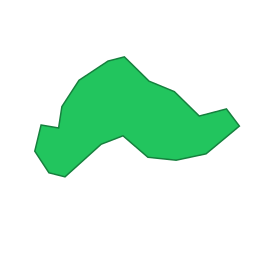 the border of Swieqi, rotated 143°
{"feature_id": "MLT-5933", "entity_name": "Swieqi", "entity_type": "state/province", "adm_level": 1, "iso_a3": "MLT", "parent_name": "Malta", "parent_adm1": "", "projection": "natural_earth1", "projection_center": [14.47, 35.92], "detail": "fine", "context": "isolated", "style": "filled", "palette": "green", "viewbox_px": 256, "rotation_deg": 143, "n_neighbors": 0, "source": "natural_earth", "source_scale": "10m", "svg_char_len": 396}
<svg xmlns="http://www.w3.org/2000/svg" viewBox="0 0 256 256"><g transform="rotate(143 128 128)"><path d="M37.9,62.5L81.2,60.4L108.9,73.3L129.7,92.6L136.7,124.8L159.2,131.2L207.7,126.9L218.1,139.8L216.4,165.6L195.6,182.7L183.4,169.8L167.9,184.9L138.4,195.6L103.7,193.5L88.1,187.0L83.0,152.7L69.1,129.1L63.9,94.7L37.9,84.0L37.9,62.5Z" fill="#22c55e" stroke="#15803d" stroke-width="1.5"/></g></svg>